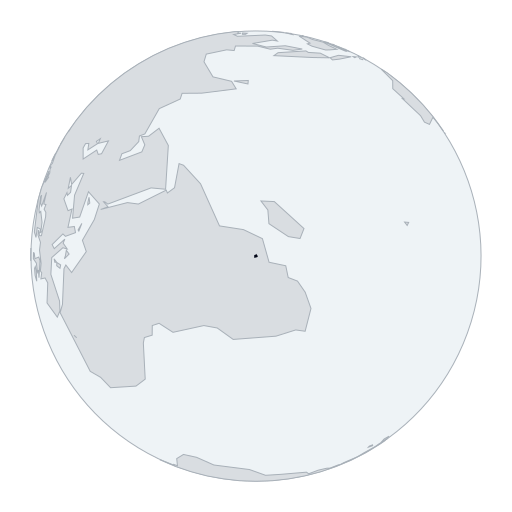 Thyolo highlighted on a globe, orthographic projection, rotated 290°
{"feature_id": "MWI-1918", "entity_name": "Thyolo", "entity_type": "District", "adm_level": 1, "iso_a3": "MWI", "parent_name": "Malawi", "parent_adm1": "", "projection": "orthographic", "projection_center": [35.176, -16.13], "detail": "fine", "context": "on_globe", "style": "filled", "palette": "ink", "viewbox_px": 512, "rotation_deg": 290, "n_neighbors": 0, "source": "natural_earth", "source_scale": "10m", "svg_char_len": 5836}
<svg xmlns="http://www.w3.org/2000/svg" viewBox="0 0 512 512"><g transform="rotate(290 256 256)"><circle cx="256" cy="256" r="225" fill="#eef3f6" stroke="#a8b0b8"/><path d="M31.6,236.2L31.7,236.3L31.6,244.2L31.3,250.7L32.0,250.1L32.1,253.9L38.5,250.8L44.7,255.7L46.5,269.0L45.2,287.9L53.1,322.9L53.2,340.0L59.4,354.2L70.1,377.3L69.4,380.0L76.0,387.7L80.8,395.1L82.0,398.1L87.7,404.6L88.9,406.6L92.0,409.3L102.0,420.0L108.5,425.2L117.8,433.3L122.1,436.2L122.7,436.9L125.4,439.0L128.3,441.0L126.5,440.3L121.5,436.7L108.7,426.5L96.7,415.3L85.6,403.3L75.3,390.5L66.0,377.0L57.7,362.9L50.4,348.2L44.3,333.0L39.2,317.4L35.4,301.4L32.6,285.3L31.1,268.9L30.7,252.6L31.6,236.2ZM132.2,442.7L128.0,441.3L129.1,441.5L123.2,437.1L127.9,439.0L132.2,442.7ZM117.7,430.5L114.8,427.0L116.1,427.5L118.4,430.1L117.7,430.5ZM303.2,35.7L307.6,36.7L309.3,37.5L311.1,37.9L310.7,37.5L305.4,36.2L321.8,40.6L337.9,46.1L353.4,52.9L368.4,60.8L382.8,69.8L396.4,79.9L409.3,90.9L421.3,102.9L432.3,115.8L442.4,129.4L451.4,143.8L459.3,158.8L461.0,162.9L459.2,162.6L460.3,165.9L456.5,159.3L456.1,163.4L466.8,189.1L468.1,195.4L465.3,202.5L464.4,197.5L454.5,180.0L455.9,194.2L463.6,211.6L466.3,228.7L461.9,220.4L458.7,205.3L455.2,198.7L453.8,185.8L446.3,164.9L441.6,165.2L439.7,157.9L428.7,140.2L420.7,140.7L409.6,154.3L411.8,173.3L406.3,180.2L390.4,149.2L383.6,130.9L377.6,131.1L361.4,114.7L332.7,109.8L328.9,105.4L323.4,106.7L312.0,101.8L306.2,95.0L299.2,95.0L314.8,113.1L322.4,113.5L328.9,107.5L331.8,114.1L342.9,121.2L329.9,135.8L287.8,148.2L284.1,134.1L254.1,99.0L255.2,95.4L255.1,95.0L254.8,94.2L251.6,100.1L246.6,94.1L262.2,116.9L264.6,127.7L287.2,149.1L284.9,151.2L292.3,156.1L316.5,152.1L316.5,156.9L304.9,179.2L271.8,211.4L276.5,235.2L274.5,256.1L254.6,270.4L257.0,287.3L246.8,293.6L246.6,303.6L238.8,314.6L225.5,325.6L202.1,327.9L200.1,318.6L187.5,302.2L169.8,263.1L175.1,244.2L172.8,230.8L155.9,204.1L159.6,187.9L155.2,182.3L146.1,185.5L141.2,179.0L135.7,179.9L102.4,194.0L92.7,187.7L82.5,164.4L88.8,151.6L90.9,139.7L135.8,91.3L144.3,90.7L178.4,79.9L182.5,80.4L177.4,88.4L202.1,95.0L211.4,87.5L234.9,91.6L251.3,91.0L259.1,76.6L232.3,77.0L228.8,70.7L251.1,64.7L274.7,65.9L274.1,63.6L260.2,58.3L266.5,54.7L255.4,56.4L259.2,58.5L252.4,60.0L248.5,58.1L250.9,56.7L244.0,55.9L234.3,63.9L237.2,67.0L218.6,69.5L221.6,75.2L216.2,78.4L209.3,70.2L210.7,67.0L197.0,60.5L193.9,63.9L206.5,70.6L202.1,70.4L198.0,76.2L197.7,71.7L184.7,64.6L168.6,69.5L146.5,86.8L137.4,90.5L130.6,90.2L140.4,75.7L159.5,69.5L163.2,65.3L160.9,61.7L166.9,60.4L168.2,58.5L175.6,56.6L187.4,50.6L195.1,48.8L201.2,43.9L205.9,42.6L201.0,45.7L201.7,47.4L220.9,44.9L225.1,43.6L227.5,40.9L232.5,41.0L232.3,38.8L244.1,37.4L229.6,37.5L232.0,35.4L239.9,33.7L238.1,33.3L225.3,36.3L222.5,37.6L224.3,38.5L214.5,43.4L207.5,45.0L208.0,40.7L198.2,42.9L202.8,39.5L234.6,32.1L247.1,31.1L264.9,32.3L261.1,32.9L252.9,32.5L259.2,34.2L259.3,33.3L263.5,33.8L266.8,32.8L269.9,33.1L267.8,31.9L272.0,32.2L273.3,33.0L281.8,32.8L290.9,33.9L291.4,33.8L289.3,33.4L302.2,35.7L301.9,35.6L297.6,34.7L294.3,34.0L294.2,34.0L303.2,35.7ZM119.3,112.1L117.8,115.5L119.3,112.1ZM299.3,75.9L313.7,78.0L307.9,69.3L313.0,69.6L309.1,66.8L307.4,68.7L298.2,61.7L304.6,60.4L303.3,57.4L298.4,56.6L288.0,60.4L301.1,70.1L297.5,73.0L299.3,75.9ZM168.6,52.2L170.6,52.2L167.0,54.6L157.3,58.6L162.3,55.0L168.6,52.2ZM174.2,52.0L177.3,47.7L183.5,45.6L179.5,47.4L183.3,46.4L177.9,49.2L180.7,52.2L177.8,54.6L161.4,59.5L168.4,56.3L166.0,56.2L174.2,52.0ZM186.5,41.7L184.7,42.3L174.8,45.8L174.5,46.0L186.5,41.7ZM187.9,76.9L191.2,76.8L196.5,75.8L193.9,79.7L187.9,76.9ZM178.7,72.1L181.8,71.1L180.8,75.5L177.4,76.0L178.7,72.1ZM184.3,67.2L182.0,70.7L181.3,69.1L184.3,67.2ZM203.9,45.0L207.3,44.2L207.3,44.8L205.1,46.0L203.9,45.0ZM254.1,79.0L248.9,81.7L246.6,80.4L248.9,79.7L254.1,79.0ZM219.6,79.9L227.1,81.2L218.8,81.0L219.6,79.9ZM338.7,384.0L339.8,388.0L336.4,387.6L338.7,384.0ZM313.4,254.6L298.2,291.7L287.5,291.4L285.3,279.8L290.8,257.1L303.3,251.4L309.4,241.8L313.4,254.6ZM476.8,285.3L477.2,288.7L477.0,289.7L476.8,285.3ZM476.6,279.1L477.4,282.2L476.1,280.9L476.6,279.1ZM477.7,283.5L478.5,284.4L478.9,284.0L478.5,285.9L477.7,283.5ZM475.8,277.3L469.6,267.2L466.4,260.8L467.7,257.8L472.8,264.9L475.8,277.3ZM467.4,257.4L461.9,241.4L450.4,204.3L454.6,207.2L465.8,232.8L465.2,235.5L468.6,247.1L467.4,257.4ZM478.7,252.2L477.9,261.3L475.0,255.0L473.4,251.0L472.3,236.9L472.9,231.7L474.5,233.9L477.4,221.2L479.1,229.1L478.8,235.2L479.9,245.9L478.7,252.2ZM412.9,175.4L418.3,188.7L414.9,189.6L412.9,175.4ZM476.5,210.5L476.7,215.9L475.8,207.3L476.5,210.5ZM474.6,201.5L475.7,206.1L474.3,200.5L474.6,201.5ZM462.3,171.5L460.8,170.4L459.7,167.4L461.0,167.1L462.3,171.5ZM279.7,32.0L284.3,32.6L275.5,31.6L275.8,31.6L279.7,32.0ZM436.2,391.1L436.2,391.3L436.5,390.8L436.2,391.1ZM438.5,388.1L437.5,389.4L443.4,381.0L447.0,374.8L439.0,374.0L439.4,368.5L444.1,362.7L454.0,339.7L454.3,341.2L460.0,327.3L467.5,324.5L474.4,309.7L473.0,316.6L468.1,331.8L462.2,346.6L455.3,361.0L447.4,374.9L438.5,388.1ZM477.6,292.6L478.8,288.6L478.7,289.9L477.6,292.6ZM480.9,269.4L480.9,268.9L480.9,269.0L480.9,269.4ZM481.2,250.6L480.4,249.7L480.6,256.7L481.2,256.3L480.7,259.2L480.4,271.5L480.0,274.5L480.4,261.3L479.5,271.7L479.1,270.0L479.6,259.6L480.3,249.6L480.6,246.4L481.2,250.2L481.2,250.6ZM479.1,225.0L479.1,225.4L479.0,223.8L479.1,225.0ZM477.2,213.1L477.2,213.4L476.8,211.3L477.2,213.1ZM474.4,200.6L474.0,199.3L472.7,194.3L474.4,200.6Z" fill="#d9dde1" stroke="#a8b0b8" stroke-width="1"/><path d="M256.5,256.3L256.4,256.4L256.3,256.6L256.3,256.8L256.2,257.0L255.9,257.0L255.7,256.8L255.6,256.6L255.1,255.9L254.9,255.6L255.0,255.6L255.2,255.4L255.3,255.3L255.3,255.2L255.5,255.2L255.9,254.9L256.0,254.9L256.1,255.0L256.3,255.2L256.3,255.3L256.4,255.5L256.5,255.5L256.6,255.9L256.5,256.0L256.4,256.1L256.4,256.3L256.5,256.3L256.5,256.3Z" fill="#0f172a" stroke="#020617" stroke-width="1.5"/></g></svg>